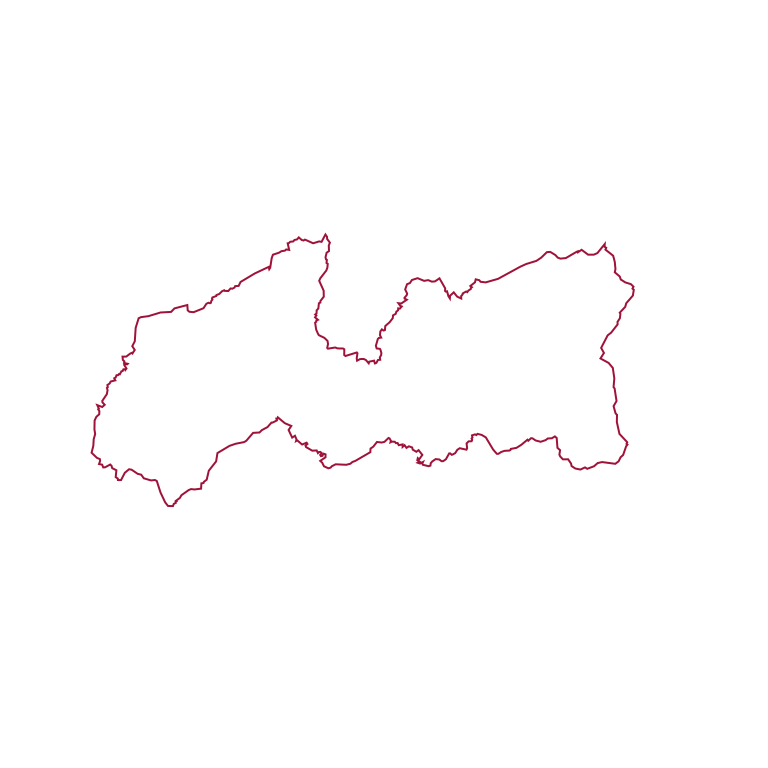 Sidenreng Rappang, Sulawesi Selatan, Indonesia (Natural Earth projection), rotated 43°
{"feature_id": "22746128B89870320898123", "entity_name": "Sidenreng Rappang", "entity_type": "district", "adm_level": 2, "iso_a3": "IDN", "parent_name": "Indonesia", "parent_adm1": "Sulawesi Selatan", "projection": "natural_earth1", "projection_center": [119.91, -3.808], "detail": "fine", "context": "isolated", "style": "outline", "palette": "rose", "viewbox_px": 768, "rotation_deg": 43, "n_neighbors": 0, "source": "geoboundaries", "source_scale": "gbopen_adm2", "svg_char_len": 6165}
<svg xmlns="http://www.w3.org/2000/svg" viewBox="0 0 768 768"><g transform="rotate(43 384 384)"><path d="M217.0,633.7L224.4,633.8L227.4,632.7L228.8,633.8L230.2,636.9L232.9,635.2L235.5,636.5L236.8,635.2L238.7,629.6L240.6,629.7L242.6,630.9L247.1,629.6L251.3,635.1L253.8,634.7L254.9,635.7L257.2,633.6L255.0,625.7L255.7,620.2L257.9,618.8L265.1,617.7L268.3,615.9L272.6,616.8L279.4,613.4L282.0,610.4L284.0,609.9L294.6,615.8L304.7,619.8L309.2,620.5L311.3,618.7L312.9,617.2L312.0,615.0L312.8,613.0L311.9,612.3L312.2,611.3L311.5,611.3L312.4,606.5L311.7,603.5L313.5,594.7L314.6,592.4L317.3,590.4L321.6,585.3L318.2,581.2L319.5,579.5L319.0,578.4L319.6,574.9L315.0,566.9L314.0,555.1L309.3,548.1L313.2,534.6L316.3,528.8L321.3,521.9L322.0,519.5L321.6,509.0L326.0,504.4L326.1,501.1L328.2,494.9L328.0,489.0L328.8,488.3L330.5,483.7L328.9,482.7L329.7,482.0L329.1,480.8L338.2,480.3L344.8,477.9L345.6,482.7L353.4,485.8L354.2,482.6L357.8,484.2L358.6,485.7L359.0,484.4L365.4,484.1L367.4,479.7L368.9,480.1L368.6,482.6L370.0,483.3L377.0,481.7L380.1,478.5L382.8,479.6L382.9,478.0L383.8,477.1L385.0,477.0L385.7,478.0L385.7,479.4L387.1,479.8L388.0,478.5L387.1,476.3L389.2,475.3L391.2,477.5L389.8,483.7L392.5,483.7L396.2,485.1L400.8,483.6L402.0,481.6L401.9,479.8L403.4,475.7L411.5,468.8L413.8,465.2L414.1,462.5L415.4,460.0L420.5,443.2L418.2,440.4L418.9,437.1L418.4,431.2L422.2,428.4L423.8,426.0L424.1,420.4L425.1,420.0L427.7,420.8L428.5,422.2L429.0,420.8L431.3,418.9L433.1,419.1L434.2,417.9L436.5,418.7L438.8,415.5L440.5,417.3L440.8,414.7L444.0,415.4L444.7,412.6L447.9,411.2L449.8,412.4L453.9,411.5L454.4,408.8L460.4,409.7L461.1,415.2L459.3,415.2L460.3,417.0L462.9,416.5L462.3,418.6L464.6,417.6L465.7,414.4L466.3,416.1L467.5,416.6L472.8,413.6L473.6,412.0L472.2,410.1L472.1,407.7L473.0,403.7L475.9,401.5L478.8,401.2L479.9,400.0L480.6,396.8L479.0,390.3L479.8,389.6L481.8,389.6L482.3,388.8L483.2,386.0L482.5,382.1L483.2,379.3L489.1,375.8L488.6,374.3L484.9,371.1L485.0,368.3L487.1,366.1L486.6,364.7L485.2,364.1L485.2,362.8L483.4,361.6L484.9,358.8L486.4,358.4L486.4,356.7L490.2,354.6L494.9,353.6L508.4,357.5L514.1,358.1L515.3,357.0L516.1,353.7L517.8,350.6L521.0,347.3L521.5,346.1L521.0,345.0L524.4,340.4L525.9,334.8L526.9,326.9L528.2,327.1L528.5,323.4L529.6,322.5L533.4,321.9L538.0,319.4L540.5,314.8L540.9,312.2L543.8,309.2L544.7,305.8L547.1,305.7L554.4,312.4L557.9,312.3L560.4,316.0L562.2,316.8L566.2,317.1L570.0,313.5L575.0,314.6L577.2,316.1L581.6,315.3L586.0,312.6L587.9,307.9L590.5,307.4L593.7,300.9L594.2,296.1L596.7,292.4L607.6,284.6L608.3,280.5L607.0,276.2L607.3,272.8L603.6,264.5L603.4,262.3L602.2,262.4L601.6,260.7L590.2,259.9L580.2,253.0L575.5,247.7L573.3,247.5L567.0,243.6L565.7,237.9L555.7,230.0L554.0,229.7L548.6,222.8L540.4,216.2L533.9,215.4L524.9,217.7L523.7,211.3L518.2,209.5L514.4,195.9L515.1,191.6L514.2,181.1L512.4,179.3L511.7,175.1L509.0,171.4L507.8,171.1L507.8,163.0L506.1,159.8L505.7,149.6L502.4,144.7L500.7,144.8L500.1,142.7L496.4,142.6L491.3,145.1L485.9,146.1L483.1,144.6L476.6,144.9L474.9,142.1L469.5,137.3L464.1,133.9L454.3,134.7L453.6,132.8L451.7,133.2L450.0,131.1L450.8,142.7L449.2,146.4L445.1,150.2L437.0,151.1L436.0,155.3L435.3,154.7L434.7,156.0L431.1,167.9L427.5,172.0L424.7,173.1L421.4,172.8L415.5,174.0L413.2,176.5L412.8,184.4L411.5,190.0L406.2,199.2L403.7,205.2L395.7,229.3L389.1,240.3L384.9,243.4L382.9,243.1L379.7,244.9L381.2,247.6L380.3,253.4L382.3,253.3L382.1,254.6L382.7,255.4L382.0,258.2L382.3,260.0L381.0,260.3L379.8,264.1L380.4,264.8L380.5,267.1L382.2,268.8L377.9,270.2L372.5,269.4L372.1,274.4L373.8,276.5L371.1,275.8L366.9,273.2L366.3,274.2L365.2,274.3L363.5,272.3L352.5,268.9L351.3,274.2L349.2,276.5L345.5,277.9L343.0,281.2L336.4,283.7L333.5,288.9L334.1,292.5L332.8,295.3L335.0,300.4L339.3,302.1L340.0,303.5L340.2,307.0L340.8,307.5L343.2,306.8L341.7,313.4L339.4,315.1L342.6,315.8L344.1,315.2L344.2,318.1L342.8,319.0L344.0,320.5L343.7,322.7L344.7,324.7L343.8,327.6L345.5,329.9L346.0,335.0L345.4,340.7L347.9,344.0L347.2,345.2L345.2,345.5L345.5,348.1L347.7,351.0L350.3,352.0L348.8,353.9L348.8,355.3L352.0,361.6L354.4,363.0L357.0,361.1L357.9,361.3L360.9,363.1L362.2,364.8L362.8,367.4L364.7,368.9L363.2,370.5L364.0,373.7L363.6,374.8L363.3,375.2L360.8,373.7L358.0,377.7L358.7,379.3L354.3,378.8L352.0,379.6L349.5,382.1L348.4,385.3L346.5,383.8L343.6,379.6L342.6,379.5L336.7,389.8L335.1,389.9L331.3,385.7L329.8,386.0L325.7,389.7L323.4,390.6L318.9,396.4L317.8,396.3L315.8,392.9L313.3,391.0L308.9,390.9L303.1,392.7L301.5,392.3L297.2,390.4L291.8,386.1L292.0,384.7L291.2,383.7L291.9,382.1L288.1,382.3L287.8,380.0L286.3,380.1L286.5,378.4L284.5,376.0L284.5,373.6L281.3,369.3L281.9,367.8L280.9,366.7L280.4,361.2L276.2,356.9L266.2,352.7L265.3,350.1L264.4,340.3L263.2,337.5L260.9,334.5L259.4,334.7L257.6,332.2L256.6,332.4L254.8,331.2L252.5,327.1L253.1,324.3L249.2,320.4L248.0,317.5L243.5,316.7L241.9,315.2L239.2,314.6L241.4,322.6L239.3,324.0L236.2,329.4L227.7,332.3L227.3,333.9L225.6,334.8L221.7,334.9L221.8,337.6L220.3,339.7L220.4,341.6L218.4,344.0L218.3,345.8L217.6,346.8L223.2,350.6L220.7,352.3L220.6,354.0L218.4,356.8L217.7,359.5L214.6,365.2L216.0,368.5L221.5,376.6L221.8,378.3L219.8,377.0L214.1,391.3L209.5,407.2L210.8,411.4L208.4,413.9L208.9,415.4L208.1,417.7L206.6,418.8L206.7,422.2L204.0,424.5L203.2,424.4L202.3,426.6L202.1,430.6L200.8,433.2L201.3,434.1L199.5,437.7L199.9,438.8L200.9,439.2L201.1,441.2L202.0,442.6L201.7,443.6L200.2,444.3L199.4,446.5L200.3,451.7L195.8,461.3L192.4,463.9L190.2,464.0L186.3,460.4L179.2,471.6L179.1,476.5L171.8,484.1L165.4,495.1L160.7,500.8L159.7,503.2L164.1,512.3L172.6,522.7L174.1,528.0L178.5,529.1L179.2,533.2L178.4,533.1L177.7,534.6L176.8,539.7L174.1,542.3L176.6,544.5L178.7,544.5L179.5,545.9L182.8,544.0L182.8,544.7L180.8,546.3L180.9,547.2L185.1,548.3L185.3,550.2L184.4,549.9L183.4,551.0L184.0,552.7L183.3,553.8L184.2,557.1L183.4,557.5L183.5,558.9L182.4,560.0L183.3,562.3L182.8,563.8L185.0,564.6L182.4,568.6L183.0,570.7L182.4,573.4L184.1,574.6L184.0,575.8L186.0,577.0L188.2,580.4L189.5,588.5L190.5,589.4L193.9,589.7L193.6,593.0L188.7,595.0L192.3,596.5L192.2,597.4L194.4,598.0L196.4,600.4L196.0,604.1L197.2,608.0L203.2,614.7L206.9,617.6L209.3,622.3L213.6,627.5L217.0,633.7Z" fill="none" stroke="#9f1239" stroke-width="2"/></g></svg>